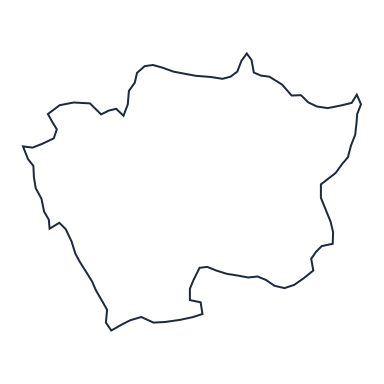 Itaquaquecetuba, São Paulo, Brazil (orthographic projection)
{"feature_id": "56859067B72573583374098", "entity_name": "Itaquaquecetuba", "entity_type": "district", "adm_level": 2, "iso_a3": "BRA", "parent_name": "Brazil", "parent_adm1": "São Paulo", "projection": "orthographic", "projection_center": [-46.334, -23.463], "detail": "fine", "context": "isolated", "style": "outline", "palette": "slate", "viewbox_px": 384, "rotation_deg": 0, "n_neighbors": 0, "source": "geoboundaries", "source_scale": "gbopen_adm2", "svg_char_len": 1350}
<svg xmlns="http://www.w3.org/2000/svg" viewBox="0 0 384 384"><path d="M116.2,108.8L108.7,110.6L101.1,114.4L90.0,103.4L73.7,102.5L59.7,105.2L47.9,114.0L52.5,122.3L56.8,129.3L53.8,138.3L42.3,143.8L32.6,147.6L23.0,146.4L28.0,159.1L33.4,165.9L33.9,177.0L35.7,188.2L41.5,198.8L44.1,211.7L48.8,219.6L49.6,228.7L59.3,222.8L65.7,229.1L71.6,241.5L75.3,253.5L79.7,261.7L86.8,272.9L92.2,281.7L96.0,290.5L101.6,300.1L107.1,309.8L105.9,322.6L111.3,330.5L122.7,324.0L130.4,320.2L141.3,317.0L153.5,322.6L165.0,322.0L179.8,319.9L192.5,317.2L202.5,314.0L200.6,302.3L189.9,300.1L189.9,288.7L193.8,279.3L199.6,267.8L207.3,266.9L216.2,270.5L226.7,273.8L238.6,275.7L248.1,277.5L257.5,276.5L265.9,279.9L274.5,285.8L284.5,288.1L294.2,284.9L303.9,278.1L313.3,270.5L311.2,258.7L316.1,251.7L321.7,246.1L332.7,243.8L333.1,232.3L330.6,221.7L325.8,209.9L320.9,197.8L320.9,184.4L335.7,172.9L342.3,163.8L347.9,157.3L350.9,145.8L355.2,134.7L356.5,123.2L357.2,114.0L361.0,104.3L356.8,94.7L351.7,102.9L340.4,105.6L327.7,108.1L317.0,106.5L308.3,102.4L301.0,95.2L291.6,95.5L282.1,84.6L269.4,76.7L261.0,75.6L253.8,72.5L251.6,60.2L246.8,53.5L241.4,60.9L237.3,71.6L230.5,76.7L222.5,78.8L210.9,77.0L195.8,75.8L184.9,73.8L173.4,71.6L162.0,67.5L152.8,65.0L144.7,66.1L137.0,72.9L134.8,82.6L128.9,90.9L127.8,104.3L123.5,115.8L116.2,108.8Z" fill="none" stroke="#1e293b" stroke-width="2"/></svg>